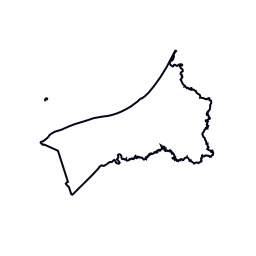 the district of Tamiahua, Veracruz, Mexico, rotated 232°
{"feature_id": "50627088B25417186263654", "entity_name": "Tamiahua", "entity_type": "district", "adm_level": 2, "iso_a3": "MEX", "parent_name": "Mexico", "parent_adm1": "Veracruz", "projection": "robinson", "projection_center": [-97.548, 21.34], "detail": "fine", "context": "isolated", "style": "outline", "palette": "ink", "viewbox_px": 256, "rotation_deg": 232, "n_neighbors": 0, "source": "geoboundaries", "source_scale": "gbopen_adm2", "svg_char_len": 5766}
<svg xmlns="http://www.w3.org/2000/svg" viewBox="0 0 256 256"><g transform="rotate(232 128 128)"><path d="M70.5,148.9L70.5,149.0L71.0,148.6L71.0,148.9L71.0,149.6L70.8,149.7L71.0,149.9L70.6,150.5L70.7,150.8L69.9,151.3L69.0,151.4L69.1,152.0L68.8,152.1L69.3,154.5L69.1,155.2L68.6,155.8L68.9,156.6L68.5,156.4L67.2,156.9L65.0,156.7L64.5,157.1L64.5,156.6L64.2,156.3L63.3,157.2L60.0,158.2L59.2,158.2L59.1,159.8L58.7,160.7L57.6,161.7L57.0,161.9L56.8,164.0L56.5,164.9L56.7,165.7L57.6,165.7L58.6,167.0L58.9,167.0L58.9,167.4L59.2,167.4L59.7,168.7L60.7,169.3L60.7,169.8L59.6,169.7L58.9,170.1L58.7,170.3L58.7,171.1L58.8,171.9L58.5,172.1L58.1,173.1L57.4,173.2L56.6,174.4L55.8,174.5L55.6,174.8L55.0,174.7L54.8,175.1L54.4,175.3L54.4,175.1L54.2,175.6L54.9,177.2L54.5,178.2L55.0,179.0L56.2,179.9L56.5,180.0L57.3,179.3L57.6,180.4L58.3,180.6L58.8,179.5L58.1,179.1L58.5,178.9L58.5,178.3L59.0,179.2L61.0,178.0L62.7,177.5L62.9,179.1L63.2,179.6L63.6,179.7L64.4,179.4L66.8,181.1L67.3,180.0L69.3,181.3L71.3,181.5L72.8,182.3L74.7,181.9L76.5,182.6L77.3,182.7L77.9,183.3L78.5,185.6L79.1,186.3L79.6,187.6L79.3,188.0L79.6,188.9L79.2,189.5L79.7,189.6L79.4,189.9L79.6,189.9L79.6,190.3L79.3,190.4L79.5,191.4L79.8,191.5L80.1,191.9L80.2,191.5L80.4,191.5L80.7,191.8L80.6,192.3L81.3,192.1L80.9,191.7L81.1,191.5L81.7,192.0L82.3,192.2L82.5,192.8L83.0,193.5L83.7,194.1L84.1,194.1L84.2,194.5L84.1,194.9L84.6,194.9L85.2,194.2L85.0,193.8L85.2,193.5L85.8,193.6L86.1,194.0L85.5,194.9L85.5,195.5L85.2,195.5L85.2,196.6L85.0,197.9L85.5,198.1L85.4,198.4L86.3,198.7L86.4,198.1L89.0,199.3L89.3,198.8L89.9,199.2L90.0,198.4L90.5,198.6L90.7,199.1L91.1,199.3L91.1,199.9L91.6,200.4L91.3,201.0L91.5,201.2L91.8,201.5L91.6,201.8L92.0,202.7L92.2,203.8L94.2,206.0L95.1,206.4L95.6,207.0L96.3,208.7L96.9,209.4L97.4,209.6L98.4,210.3L99.5,209.4L100.2,209.5L101.0,210.3L101.6,210.3L101.8,210.2L102.0,208.1L102.3,208.1L102.4,207.5L102.9,207.4L103.1,206.8L103.6,206.5L105.3,205.8L106.1,204.8L107.3,203.9L107.5,203.5L108.1,204.2L109.7,204.9L110.1,204.9L112.0,204.1L113.6,203.8L114.1,203.8L115.1,204.3L115.9,203.8L117.7,203.4L118.3,202.8L118.7,201.9L119.0,201.6L119.3,201.8L119.2,202.2L120.4,202.6L120.7,202.3L120.5,201.7L120.0,201.4L120.0,200.8L120.4,200.6L120.4,201.1L120.8,201.0L121.0,200.5L121.8,200.2L122.1,199.9L122.9,199.9L123.2,198.9L123.8,199.0L124.5,198.7L125.9,198.8L126.0,198.3L126.3,198.7L128.7,198.3L133.8,199.3L134.0,200.7L134.8,201.6L134.7,202.2L135.1,202.4L135.7,202.3L136.3,203.1L137.8,202.7L138.7,203.1L139.2,204.1L139.0,206.0L139.5,206.5L140.6,207.0L142.5,206.5L144.7,206.9L145.1,207.2L145.2,207.7L144.0,209.1L144.2,209.5L144.7,209.6L145.6,209.1L146.5,207.5L146.7,206.9L146.5,205.4L146.8,204.8L148.7,204.0L149.3,203.6L149.4,203.1L148.8,201.7L149.0,201.1L149.3,200.9L151.5,200.4L153.1,200.5L153.7,201.0L154.4,202.3L154.5,203.1L154.0,204.4L154.6,206.3L156.3,208.4L156.9,208.7L158.0,209.7L158.8,211.9L159.0,213.3L159.3,213.3L159.5,213.0L160.0,212.9L160.3,212.8L160.0,212.9L159.9,212.7L160.1,212.5L159.8,212.7L151.9,195.2L148.1,184.8L145.1,174.6L143.2,166.1L142.6,160.7L142.7,158.5L143.1,156.4L143.7,156.4L143.2,156.3L143.5,155.8L143.8,155.7L143.5,155.7L143.0,152.2L143.2,144.0L143.9,138.5L145.0,133.0L146.2,128.6L148.0,123.7L149.8,119.8L153.2,114.0L156.9,107.0L159.9,98.5L163.8,88.5L165.5,82.9L167.7,74.3L170.1,68.1L170.8,63.4L170.7,61.6L170.1,60.2L169.8,58.0L169.8,54.4L169.9,52.6L170.6,51.1L170.5,50.4L170.2,50.1L169.9,50.1L168.7,50.2L168.4,50.5L168.0,50.4L167.2,51.0L166.8,50.9L166.5,51.6L165.6,52.3L153.2,58.8L122.5,47.5L122.8,46.1L122.4,44.7L119.9,44.6L117.9,45.1L111.2,42.7L110.4,42.7L109.8,43.0L109.7,43.5L113.0,71.5L114.4,80.2L114.9,81.2L115.0,83.2L114.9,83.9L114.6,84.4L113.3,85.3L112.9,86.1L112.5,89.0L112.5,92.4L111.2,94.2L111.4,97.5L110.6,97.7L108.2,97.3L107.3,97.4L106.0,98.3L105.5,99.0L105.5,99.6L105.7,100.0L106.3,100.2L108.0,100.2L110.1,99.9L110.3,100.1L110.4,101.3L110.6,102.0L111.7,102.9L112.8,103.3L113.0,104.0L112.9,104.5L112.5,105.1L111.9,105.5L111.0,105.7L109.9,105.4L108.4,104.5L107.3,104.3L106.6,104.8L106.5,105.6L105.0,106.1L104.7,106.8L104.8,107.4L104.1,106.8L103.0,107.1L102.6,107.7L102.0,109.2L102.6,110.0L101.9,110.8L101.8,112.2L101.3,112.6L100.7,112.5L100.0,113.2L101.2,115.7L100.9,116.1L101.0,116.4L99.9,115.9L99.8,116.4L100.4,116.6L99.9,117.0L99.0,116.7L99.1,117.5L98.7,117.4L98.5,118.4L97.9,118.2L98.4,118.5L97.8,118.7L97.7,118.9L97.9,119.0L95.8,120.8L93.5,120.9L93.2,121.3L93.1,122.4L92.6,123.0L92.5,123.4L92.8,123.9L92.6,123.6L93.8,123.8L93.8,124.4L93.3,124.4L93.1,125.2L93.7,125.2L93.6,126.5L93.9,126.7L93.7,127.9L93.4,127.9L93.4,128.6L94.3,128.8L94.2,129.6L93.9,130.2L93.5,129.8L93.2,130.4L92.5,130.0L92.9,130.2L92.1,133.2L92.1,133.4L92.5,133.4L92.7,133.8L92.3,134.5L91.4,135.1L91.5,135.6L91.7,135.3L92.0,135.6L91.9,136.1L92.1,136.3L91.8,136.7L91.5,136.2L90.9,135.8L90.8,136.1L91.4,137.0L92.0,137.4L92.0,138.5L91.3,139.0L91.2,139.5L90.4,139.3L90.4,139.5L90.8,139.7L90.5,142.5L91.4,142.4L92.2,142.9L93.7,143.3L93.1,143.5L92.2,143.4L91.4,144.3L90.9,144.2L91.0,144.9L90.7,145.0L90.4,144.7L90.3,144.1L89.6,144.8L89.1,144.6L88.8,143.7L88.4,143.8L88.3,144.5L88.0,144.1L88.3,143.7L88.2,143.3L87.7,143.5L87.1,144.4L86.9,144.4L87.1,143.6L86.8,143.4L86.3,144.3L86.1,145.0L85.2,145.2L84.8,146.4L84.6,146.6L84.7,147.4L83.7,147.8L83.5,147.6L83.7,147.2L83.2,146.8L82.5,147.7L82.2,147.7L81.6,147.7L81.3,147.1L80.7,146.8L80.4,147.3L80.4,147.9L79.5,148.0L77.7,147.6L77.3,147.1L76.9,147.1L76.7,146.9L76.4,146.9L76.1,147.3L75.4,146.7L74.9,146.7L75.3,146.2L76.0,146.0L76.9,144.8L76.9,144.6L76.4,144.5L76.1,144.9L75.0,145.4L74.1,145.2L74.1,146.1L73.5,146.3L72.1,146.2L71.8,146.7L71.0,147.2L71.2,147.5L71.7,147.6L71.5,147.8L71.3,148.4L70.5,148.9ZM201.4,82.3L201.8,81.8L201.7,80.8L201.3,79.9L200.9,79.8L201.0,80.7L200.5,82.0L200.7,82.3L201.4,82.3Z" fill="none" stroke="#020617" stroke-width="2"/></g></svg>